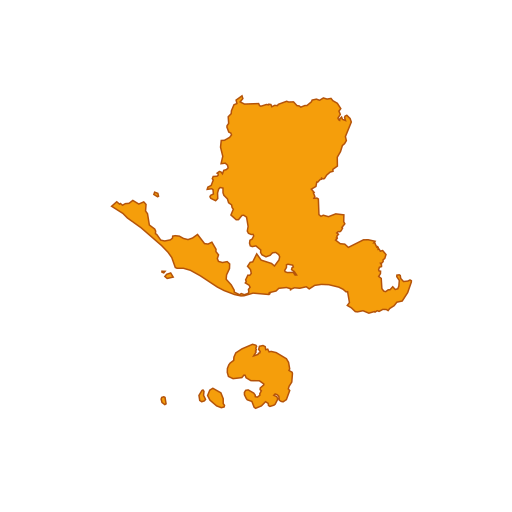 Takalar, Sulawesi Selatan, Indonesia, rotated 299°
{"feature_id": "22746128B33549586615312", "entity_name": "Takalar", "entity_type": "district", "adm_level": 2, "iso_a3": "IDN", "parent_name": "Indonesia", "parent_adm1": "Sulawesi Selatan", "projection": "orthographic", "projection_center": [119.453, -5.411], "detail": "fine", "context": "isolated", "style": "filled", "palette": "amber", "viewbox_px": 512, "rotation_deg": 299, "n_neighbors": 0, "source": "geoboundaries", "source_scale": "gbopen_adm2", "svg_char_len": 6171}
<svg xmlns="http://www.w3.org/2000/svg" viewBox="0 0 512 512"><g transform="rotate(299 256 256)"><path d="M244.9,121.3L240.5,119.4L238.5,116.4L235.7,114.6L236.2,112.0L235.2,111.5L235.9,107.9L229.5,105.6L228.7,119.0L226.9,125.1L225.0,141.7L219.4,168.2L216.6,177.3L213.8,183.1L206.8,191.0L207.0,192.9L210.1,198.5L211.7,205.6L211.7,216.8L210.1,237.2L210.3,244.8L211.9,256.0L213.8,262.2L215.5,264.9L222.1,271.4L228.6,286.0L229.4,286.3L229.2,285.6L230.4,285.4L235.1,290.5L238.8,291.6L243.2,297.9L244.2,302.1L242.5,302.8L243.9,302.6L246.9,305.1L249.0,309.9L253.5,314.9L253.0,318.5L258.8,321.6L262.9,327.0L266.2,333.6L268.9,343.5L269.1,348.2L268.3,352.2L269.2,353.4L260.6,360.3L257.0,359.8L256.9,364.5L255.5,369.8L256.3,371.8L260.0,376.1L260.7,382.4L264.8,386.5L264.6,387.3L266.9,388.5L267.2,390.5L270.8,392.8L272.4,395.9L272.3,398.0L274.9,398.4L279.5,400.9L283.9,401.6L287.5,405.7L297.5,406.4L308.5,404.5L309.7,403.9L309.7,402.3L307.7,401.0L305.2,397.4L306.5,393.5L308.9,391.6L309.0,390.4L307.6,388.5L306.2,389.1L304.1,393.2L299.0,395.5L296.1,395.9L294.2,394.0L295.4,390.5L291.5,389.6L290.5,388.0L287.7,386.7L287.2,384.8L288.5,381.9L297.1,376.4L297.6,373.2L300.9,373.4L303.1,372.3L302.6,370.9L303.4,369.9L306.0,369.4L307.6,370.9L309.2,370.0L310.0,368.4L310.7,369.4L312.7,369.9L314.2,369.0L316.3,369.8L320.3,369.0L322.2,364.1L320.5,362.4L321.7,360.4L321.0,359.6L322.5,358.9L322.2,357.7L323.1,357.8L323.0,356.2L325.2,353.4L324.7,352.7L326.6,353.0L324.6,346.2L322.2,342.1L308.3,332.6L309.4,327.9L307.6,323.7L308.5,317.9L309.9,318.4L310.6,317.7L311.0,318.4L312.5,317.1L315.0,317.6L315.3,315.4L317.2,316.1L317.9,317.6L319.3,318.2L322.3,318.2L322.7,317.3L327.2,318.1L328.5,316.1L334.6,312.9L331.5,305.3L325.5,300.3L324.3,295.1L322.2,293.6L322.7,291.0L336.1,282.9L336.2,281.2L334.6,278.7L336.6,278.6L339.0,275.6L339.8,276.0L341.3,272.0L345.9,274.7L350.1,273.3L350.6,274.2L354.0,275.0L354.8,276.0L355.9,275.6L355.9,277.2L356.9,278.3L361.1,278.6L365.4,280.2L367.4,282.3L369.0,281.2L374.1,283.6L381.8,279.2L388.3,279.3L394.5,278.0L397.2,279.0L400.7,279.1L403.8,276.3L419.4,274.4L421.9,271.6L423.1,267.2L421.5,266.1L420.1,266.3L417.9,268.6L417.4,265.4L419.0,263.5L416.6,262.8L415.2,263.4L415.2,262.4L416.3,260.8L420.7,261.1L422.9,258.3L426.0,258.7L429.0,253.1L429.1,247.9L430.2,245.2L427.7,242.1L426.9,238.3L423.0,236.1L422.5,232.8L419.6,229.5L417.7,229.7L412.3,227.6L411.3,225.8L407.9,223.0L408.2,221.1L407.4,218.9L409.0,214.1L406.5,209.9L406.2,207.8L399.5,202.0L397.9,201.8L396.8,199.3L394.2,197.5L395.7,195.6L395.0,193.6L394.3,193.7L393.6,191.7L389.3,187.6L389.3,186.1L390.6,184.4L383.3,172.3L383.1,167.4L387.3,168.2L389.3,166.1L382.7,163.0L380.1,165.4L377.6,163.4L371.1,164.1L368.5,165.3L364.3,164.2L358.7,167.8L355.9,167.5L354.6,168.1L351.2,172.1L351.3,174.4L350.0,175.9L346.9,175.4L341.9,172.3L340.2,169.6L334.0,172.2L327.1,178.6L319.8,180.7L322.3,184.1L321.6,187.1L319.6,188.9L317.2,188.2L315.3,186.3L311.6,186.8L312.5,184.7L312.2,183.0L309.6,181.8L309.5,183.1L308.3,183.8L306.9,183.3L304.8,180.0L302.4,180.3L301.7,181.8L296.0,182.6L292.9,180.5L290.6,181.0L293.3,184.6L293.2,186.2L289.6,188.7L287.0,186.9L285.5,187.0L284.5,188.5L284.8,193.9L287.7,194.7L292.5,191.8L296.4,190.9L298.5,191.4L299.4,194.2L295.3,196.5L293.5,198.5L292.1,203.3L289.3,206.2L288.9,209.8L286.8,211.6L285.9,213.5L279.7,214.2L278.1,221.1L279.3,223.1L284.6,224.0L285.7,225.5L285.4,228.9L278.0,234.8L273.6,236.3L272.2,238.4L272.5,241.4L273.5,243.0L272.4,244.3L268.9,244.4L266.8,243.1L264.1,244.1L262.1,246.1L262.4,248.2L264.8,251.0L263.6,257.2L261.3,258.3L259.9,260.7L260.1,265.1L263.4,268.0L266.8,268.9L268.7,271.5L268.2,275.2L266.8,277.1L263.7,278.0L256.2,277.0L257.0,273.2L254.9,262.5L258.2,255.6L249.3,256.0L247.6,254.0L242.9,253.6L241.4,257.8L238.5,260.3L236.0,259.9L235.3,258.2L230.1,258.5L228.9,259.9L227.3,259.7L227.1,264.1L225.8,266.0L223.1,265.6L221.0,267.2L219.4,267.2L216.5,264.5L216.0,261.3L214.2,260.5L213.9,254.5L215.6,253.4L218.7,248.4L221.2,241.2L225.2,239.4L232.2,238.9L236.3,236.8L237.1,233.5L234.0,229.8L233.1,225.8L235.0,223.4L238.8,222.7L240.5,218.7L242.5,217.8L246.7,210.7L243.2,208.3L241.9,205.0L246.5,194.4L241.0,191.8L237.4,188.6L236.2,184.1L236.2,179.3L234.6,175.5L233.0,173.5L231.1,174.3L228.6,173.3L224.9,168.9L223.7,165.0L226.7,158.8L226.8,157.2L229.1,156.2L230.5,154.3L231.4,147.7L240.4,140.6L241.8,137.6L247.8,134.8L248.9,131.6L244.6,128.3L244.9,121.3ZM264.3,287.9L265.8,292.5L264.5,294.0L263.3,293.2L261.3,293.7L261.0,296.9L259.1,300.7L258.3,299.5L259.7,296.5L256.7,291.4L256.4,289.1L257.2,288.1L260.7,288.2L263.1,286.9L264.3,287.9ZM153.9,287.1L149.9,285.3L147.6,285.0L143.8,285.5L140.3,287.3L137.3,290.3L137.6,295.4L142.8,302.6L146.0,303.2L146.4,304.3L144.7,306.4L144.5,312.0L148.5,319.4L147.9,324.8L147.1,325.3L142.6,323.7L141.1,324.4L140.7,326.0L137.3,326.1L136.2,326.9L133.3,325.7L132.6,323.6L133.9,322.8L135.0,320.5L135.1,314.1L133.5,312.1L131.0,312.0L129.0,313.2L126.6,316.6L126.0,318.1L126.8,322.9L122.8,327.7L122.6,329.5L127.5,333.4L133.2,335.0L133.0,338.1L131.3,339.4L131.2,341.1L134.2,344.0L135.6,344.6L141.5,344.4L143.0,342.4L142.8,339.1L144.6,339.6L145.0,341.8L144.4,343.9L141.2,346.3L141.0,348.5L141.6,350.4L145.1,352.2L154.7,350.7L155.4,348.7L158.1,348.1L163.1,348.4L170.8,344.9L171.8,344.0L171.9,340.3L173.6,340.2L178.7,336.1L180.9,332.4L181.3,320.5L179.9,315.5L178.5,313.9L180.2,311.4L178.8,309.9L181.2,308.0L181.1,305.5L178.7,302.8L175.6,303.6L174.5,306.0L173.1,306.3L172.1,305.3L170.9,305.5L167.5,302.4L172.1,302.6L172.6,301.6L174.1,301.8L175.3,300.5L177.3,300.3L177.9,299.1L177.1,295.8L168.1,288.8L161.5,285.3L156.9,285.7L153.9,287.1ZM116.3,280.6L110.5,281.3L107.6,285.6L105.8,294.2L106.5,299.2L108.5,301.3L110.1,300.9L111.0,298.9L115.3,296.5L119.3,291.6L119.4,282.4L116.3,280.6ZM112.1,273.9L106.4,273.7L102.4,276.8L102.2,279.2L104.3,281.1L106.1,281.4L108.7,277.7L112.4,276.1L113.1,274.6L112.1,273.9ZM197.4,193.8L199.8,189.6L196.7,186.7L193.9,186.2L193.3,189.2L197.4,193.8ZM83.1,249.0L88.2,245.0L88.2,243.6L86.6,242.1L84.8,242.4L82.3,244.8L81.8,248.3L83.1,249.0ZM261.0,141.8L263.2,139.8L262.7,136.4L260.3,136.8L260.1,141.2L261.0,141.8ZM198.5,183.9L197.1,181.1L196.3,181.5L196.5,183.5L198.5,183.9Z" fill="#f59e0b" stroke="#b45309" stroke-width="1.5"/></g></svg>